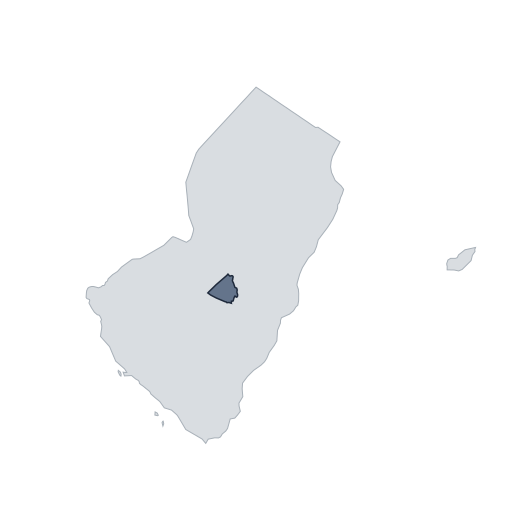 location of Arma'a, Shabwah, Yemen, rotated 323°
{"feature_id": "15242507B99813098953418", "entity_name": "Arma'a", "entity_type": "district", "adm_level": 2, "iso_a3": "YEM", "parent_name": "Yemen", "parent_adm1": "Shabwah", "projection": "equal_earth", "projection_center": [47.238, 15.391], "detail": "fine", "context": "in_parent", "style": "filled", "palette": "slate", "viewbox_px": 512, "rotation_deg": 323, "n_neighbors": 0, "source": "geoboundaries", "source_scale": "gbopen_adm2", "svg_char_len": 4361}
<svg xmlns="http://www.w3.org/2000/svg" viewBox="0 0 512 512"><g transform="rotate(323 256 256)"><path d="M391.8,215.4L376.8,222.6L372.8,225.8L369.2,229.7L366.6,234.7L364.7,243.3L366.2,251.3L366.1,255.5L362.3,258.3L358.6,260.3L354.6,263.4L352.1,264.2L350.1,266.7L347.8,268.4L339.4,272.9L330.2,276.3L315.5,280.5L309.8,285.0L304.7,288.0L296.9,289.0L286.1,293.2L280.1,296.7L272.7,302.3L271.1,304.0L269.8,308.1L267.5,311.7L263.0,317.5L259.7,320.5L257.4,320.6L253.0,322.3L247.9,322.6L239.2,320.6L237.0,322.0L235.1,324.3L228.5,328.3L221.6,336.3L216.7,338.4L208.6,340.9L203.0,344.2L199.2,345.6L194.3,346.2L185.3,345.9L176.7,347.1L168.8,349.4L165.1,353.6L160.8,360.4L153.9,363.2L152.2,365.6L150.0,370.6L145.5,371.9L141.5,372.7L137.3,370.6L129.5,376.6L126.5,377.6L122.0,377.8L118.8,379.1L116.5,378.7L113.7,376.4L107.6,373.5L103.1,375.4L102.8,369.7L95.5,352.3L97.2,337.1L97.2,335.0L95.8,328.2L91.4,322.1L91.6,314.3L90.2,308.7L89.0,302.9L89.4,301.4L89.5,300.0L87.3,291.2L86.6,289.4L86.3,287.5L87.1,286.1L87.1,284.5L85.9,281.8L84.7,276.6L78.8,272.6L80.0,268.8L81.2,270.1L82.7,271.3L83.0,268.8L83.1,267.0L80.7,255.5L84.5,240.3L83.4,226.6L89.0,221.1L90.5,219.4L91.3,217.9L92.6,214.8L94.4,213.8L95.1,210.5L95.1,208.9L93.9,207.4L93.1,203.6L93.4,198.8L93.7,196.7L94.3,193.0L96.3,191.6L96.8,190.6L95.3,188.2L95.4,186.8L98.8,182.9L100.1,181.7L102.3,180.5L103.9,180.5L105.9,181.2L107.6,182.3L109.3,184.3L111.0,186.6L113.8,187.4L115.6,187.2L117.1,188.2L118.4,187.7L119.9,186.5L122.2,186.6L124.3,185.2L130.3,184.6L136.0,185.0L142.0,183.9L148.0,184.0L154.0,184.1L155.3,184.2L156.6,184.9L161.7,188.4L165.6,189.1L173.3,190.1L181.6,191.1L188.8,192.0L194.8,191.2L199.9,190.5L201.3,190.6L202.8,192.7L205.8,198.1L208.7,203.2L213.7,203.4L216.9,201.5L220.5,198.8L222.6,196.8L225.1,188.6L226.7,183.2L230.5,177.3L233.6,172.3L237.7,165.7L239.9,162.0L244.4,154.8L248.7,152.0L257.0,146.5L265.1,141.2L270.3,137.8L274.8,136.2L282.3,134.8L291.2,133.2L300.0,131.6L309.5,129.9L320.0,128.0L327.2,126.7L336.3,125.0L344.0,123.7L350.7,122.4L357.7,121.2L359.1,125.2L360.4,129.2L361.8,133.2L363.2,137.2L364.5,141.2L365.9,145.2L367.2,149.2L368.6,153.2L370.0,157.2L371.3,161.2L372.7,165.2L374.1,169.2L375.4,173.2L376.8,177.2L378.2,181.3L379.5,185.3L380.9,189.2L383.0,190.5L384.3,194.2L386.2,199.5L388.1,204.8L389.9,210.1L391.8,215.4ZM413.8,377.9L415.7,378.4L418.5,377.0L426.6,376.8L436.5,381.3L434.6,382.5L433.6,384.2L429.3,385.6L425.0,389.1L412.6,390.8L408.9,389.9L405.9,386.5L400.3,382.1L402.5,379.3L403.0,378.0L403.8,376.8L406.9,374.7L410.0,375.0L413.8,377.9ZM82.3,323.7L81.9,324.5L81.4,324.4L79.5,322.2L81.6,319.8L82.6,322.0L82.3,323.7ZM76.8,269.7L75.8,270.6L75.5,269.1L76.2,265.5L77.2,264.5L77.8,267.1L77.4,268.6L76.8,269.7ZM81.3,334.5L79.3,335.8L80.7,332.5L82.1,331.9L82.5,332.0L81.3,334.5Z" fill="#d9dde1" stroke="#a8b0b8" stroke-width="1"/><path d="M195.3,256.5L196.3,259.9L199.0,265.6L203.9,274.1L204.1,274.2L204.3,274.4L204.5,274.7L204.7,275.3L204.7,275.8L206.5,276.9L207.4,278.3L207.8,278.8L207.9,278.4L208.4,278.3L208.7,277.9L209.1,277.3L209.4,277.5L209.6,277.6L209.9,277.8L210.1,277.9L210.3,278.0L210.6,278.1L210.8,278.1L212.3,276.9L213.7,275.9L214.4,275.6L214.5,275.6L214.7,275.4L214.9,275.3L215.1,275.4L215.2,275.5L215.3,275.7L215.3,276.0L215.4,276.4L215.5,276.6L215.5,277.0L215.9,277.3L216.2,277.3L216.4,277.2L216.5,277.2L216.9,277.1L217.1,276.9L217.3,276.7L217.5,276.5L217.7,276.3L217.9,276.1L218.0,275.8L218.2,275.5L218.3,275.2L218.4,274.9L218.5,274.6L218.6,274.3L218.7,274.0L218.8,273.7L219.0,273.4L219.2,273.2L219.3,273.0L219.5,272.8L219.7,272.6L219.9,272.4L220.1,272.2L220.4,272.0L220.5,271.8L220.7,271.5L220.8,271.2L220.9,270.9L221.0,270.6L221.1,270.3L221.2,270.2L221.1,269.9L221.0,269.7L220.9,269.4L220.7,269.1L220.5,268.9L220.4,268.6L220.3,268.3L220.4,268.0L220.5,267.7L220.6,267.4L220.7,267.1L220.8,266.8L220.9,266.5L221.0,266.2L221.1,265.9L221.2,265.6L221.3,265.3L221.4,265.0L221.5,264.7L221.6,264.3L221.7,264.1L221.8,263.8L221.8,263.4L221.9,263.1L221.9,262.8L222.0,262.5L222.1,262.2L222.2,261.8L222.3,261.6L222.5,261.3L222.7,261.1L222.9,260.9L223.1,260.8L223.4,260.6L223.5,260.4L223.7,260.2L223.9,260.0L224.2,259.8L224.4,259.6L224.6,259.4L224.8,259.2L225.0,259.1L225.2,258.8L225.3,258.5L225.3,257.7L224.5,256.9L223.3,256.5L222.9,255.9L222.7,253.6L221.8,253.8L220.2,254.0L207.0,254.9L203.3,255.4L196.9,256.2L195.3,256.5Z" fill="#64748b" stroke="#1e293b" stroke-width="1.5"/></g></svg>